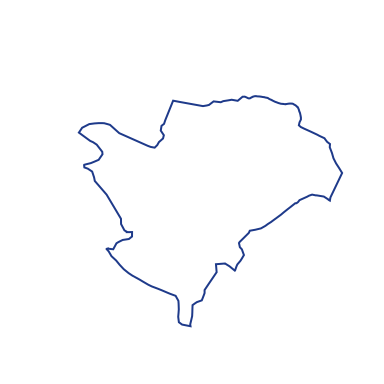 Khamir, Amran, Yemen, rotated 116°
{"feature_id": "15242507B91488978109149", "entity_name": "Khamir", "entity_type": "district", "adm_level": 2, "iso_a3": "YEM", "parent_name": "Yemen", "parent_adm1": "Amran", "projection": "natural_earth1", "projection_center": [43.859, 15.999], "detail": "fine", "context": "isolated", "style": "outline", "palette": "blue", "viewbox_px": 384, "rotation_deg": 116, "n_neighbors": 0, "source": "geoboundaries", "source_scale": "gbopen_adm2", "svg_char_len": 4900}
<svg xmlns="http://www.w3.org/2000/svg" viewBox="0 0 384 384"><g transform="rotate(116 192 192)"><path d="M188.2,319.7L190.7,305.9L190.6,302.8L191.2,298.4L195.2,290.3L197.3,289.0L204.0,290.0L207.6,293.1L210.4,295.6L213.4,299.2L214.8,300.8L215.1,300.8L215.9,300.3L217.1,299.5L216.7,295.9L217.4,290.7L221.8,286.4L224.7,284.2L231.8,267.6L247.2,244.1L251.9,241.7L256.1,235.9L256.3,233.3L256.7,233.1L254.3,228.3L258.3,226.4L261.9,228.1L265.5,233.3L269.3,236.2L271.2,237.4L278.0,237.7L278.6,239.3L279.3,241.4L279.7,242.6L280.3,242.6L280.4,243.1L280.0,243.2L280.2,243.4L280.3,243.6L280.6,243.8L280.8,243.7L281.1,242.6L281.3,242.4L281.8,241.0L285.0,236.2L286.8,230.2L289.1,225.2L291.3,219.5L292.7,213.4L293.3,208.9L293.7,200.7L294.0,197.4L294.5,190.7L294.5,186.8L293.9,180.4L293.6,176.3L293.3,170.4L293.1,167.1L292.5,161.2L295.8,156.5L298.4,155.0L303.3,152.4L306.8,151.0L310.2,149.7L314.8,146.7L315.5,142.8L313.3,134.5L311.7,135.6L307.2,136.6L303.7,137.4L303.4,137.5L299.9,139.0L298.4,139.7L293.9,141.7L293.4,141.9L290.8,140.5L288.9,139.4L285.1,135.7L282.4,135.9L279.0,136.2L277.3,136.4L274.6,137.7L266.5,136.6L261.0,135.8L253.9,134.8L253.3,134.7L246.4,138.8L242.1,131.5L242.1,131.1L241.8,130.9L242.3,125.9L242.5,124.9L243.0,122.9L243.9,119.0L243.7,118.9L239.6,119.4L237.3,119.5L232.6,118.3L229.9,118.0L225.9,117.7L222.6,121.1L221.7,122.0L220.6,124.8L217.3,127.4L216.1,127.3L211.0,125.5L203.8,123.0L201.5,123.1L198.2,118.6L194.5,114.1L190.3,111.2L187.6,109.8L184.0,107.6L183.7,107.5L173.4,102.1L170.0,100.6L166.0,98.7L156.9,94.3L156.9,94.2L156.3,93.2L154.6,92.3L152.2,91.8L145.7,86.4L144.0,85.2L141.7,82.9L140.7,79.0L140.4,78.6L138.3,71.5L139.0,65.8L139.2,65.7L139.3,64.3L136.2,65.2L109.1,65.4L106.1,70.1L103.1,75.1L99.7,79.6L95.6,83.3L91.4,87.8L88.4,89.0L87.7,92.5L86.3,95.3L85.6,96.5L85.7,102.3L85.6,104.4L85.6,105.4L85.7,112.1L85.9,118.8L85.9,122.7L85.2,125.2L82.2,125.9L79.1,125.9L79.0,126.0L78.7,126.1L78.4,126.3L78.2,126.3L77.7,126.6L77.4,126.7L77.1,126.9L76.8,127.2L76.7,127.2L76.4,127.4L76.3,127.5L76.2,127.6L76.0,127.8L75.9,127.8L75.7,127.9L75.6,128.0L75.1,128.4L74.9,128.6L74.5,128.9L74.1,129.2L74.0,129.3L73.8,129.4L73.6,129.7L73.2,130.0L73.0,130.4L72.7,130.6L72.5,130.8L72.4,130.9L72.4,131.0L72.2,131.2L72.1,131.3L71.9,131.4L71.8,131.5L71.6,131.7L71.5,131.8L71.2,132.0L70.8,132.5L70.6,132.7L70.4,132.9L70.3,133.0L70.1,133.2L69.9,133.5L69.8,133.8L69.7,133.9L69.5,134.0L69.5,134.5L69.3,134.7L69.3,135.0L69.2,135.3L69.0,135.6L69.0,135.8L69.0,136.0L68.9,136.1L68.8,136.5L68.7,136.8L68.7,137.1L68.7,137.3L68.7,137.5L68.6,137.9L68.7,138.2L68.6,138.6L68.6,139.2L68.5,139.4L68.5,139.7L68.5,139.9L68.5,140.1L68.5,140.3L68.6,140.5L68.7,140.8L68.9,141.1L68.9,141.3L69.0,141.6L69.2,141.9L69.3,142.2L69.4,142.4L69.6,142.7L69.6,142.8L69.8,143.0L69.9,143.3L70.0,143.5L70.2,143.8L70.3,144.0L70.6,144.3L70.7,144.5L70.8,144.7L70.9,144.8L71.0,144.9L71.1,145.1L71.3,145.3L71.5,145.7L71.6,145.8L71.8,146.1L72.0,146.2L72.0,146.5L72.3,146.9L72.4,147.2L72.5,147.5L72.6,147.8L72.7,148.1L72.8,148.3L72.9,148.6L72.9,148.8L73.0,148.9L73.0,149.0L73.2,149.4L73.3,149.7L73.4,150.0L73.6,150.4L73.7,150.7L73.8,151.4L73.9,151.8L74.0,152.6L74.1,152.9L74.1,153.2L74.2,153.5L74.2,153.9L74.2,154.1L74.2,154.4L74.3,154.8L74.3,155.0L74.3,155.5L74.4,155.8L74.4,156.0L74.4,156.3L74.5,156.5L74.5,156.9L74.5,157.1L74.5,157.3L74.5,157.5L74.5,157.8L74.5,158.1L74.5,158.5L74.5,159.0L74.5,159.4L74.5,159.7L74.5,159.9L74.5,160.3L74.4,160.4L74.4,160.6L74.4,160.8L74.4,161.2L74.4,161.4L74.5,161.7L74.5,162.0L74.5,162.6L74.5,162.8L74.5,163.5L74.4,164.2L74.3,164.7L74.3,165.1L74.4,165.3L74.4,165.6L74.4,165.9L74.5,166.1L74.6,166.3L74.7,166.5L74.7,166.8L74.8,167.1L74.9,167.4L74.9,167.6L75.0,167.9L75.0,168.1L75.0,168.3L75.1,168.5L75.2,169.0L75.3,169.2L75.4,169.4L75.5,169.8L75.6,170.1L75.7,170.4L75.8,170.6L75.8,170.8L75.9,171.3L76.0,171.5L76.1,172.0L76.3,172.3L76.3,172.5L76.4,172.8L76.5,173.0L76.6,173.4L76.8,173.7L76.9,174.0L77.0,174.3L77.1,174.5L77.4,175.2L77.5,175.5L77.6,175.8L77.7,176.3L77.9,176.5L78.0,176.8L78.0,177.0L78.2,177.3L78.3,177.5L78.6,177.8L78.7,178.0L78.8,178.1L79.0,178.3L79.2,178.6L79.5,178.8L79.6,179.0L79.9,179.2L80.0,179.4L80.3,179.5L80.5,179.7L80.7,179.8L80.9,179.9L81.0,180.1L81.5,180.4L81.6,180.5L81.8,180.6L82.0,180.7L82.1,180.8L82.4,181.0L82.5,181.3L82.8,181.6L82.9,181.8L83.0,182.1L83.0,182.3L83.1,182.5L83.1,182.8L83.1,183.0L83.1,183.6L83.1,183.8L83.1,184.0L83.1,184.4L83.1,184.6L83.1,184.8L83.1,185.0L83.1,185.6L83.1,185.8L83.2,186.0L83.2,186.4L84.2,188.3L89.8,190.8L90.0,190.9L91.7,196.8L92.8,198.3L94.1,200.1L96.6,203.7L98.7,205.5L101.1,212.3L106.3,214.9L107.8,216.7L110.0,219.8L116.4,242.4L118.2,249.0L139.3,247.5L143.0,247.0L145.9,248.4L150.5,247.0L153.3,242.2L156.6,241.5L160.2,243.0L161.6,243.6L165.1,243.8L168.5,245.0L169.6,248.9L169.9,252.1L171.0,283.2L167.6,295.1L167.9,297.0L168.7,301.2L170.8,305.7L173.1,309.7L176.0,314.1L182.4,318.9L188.2,319.7Z" fill="none" stroke="#1e3a8a" stroke-width="2"/></g></svg>